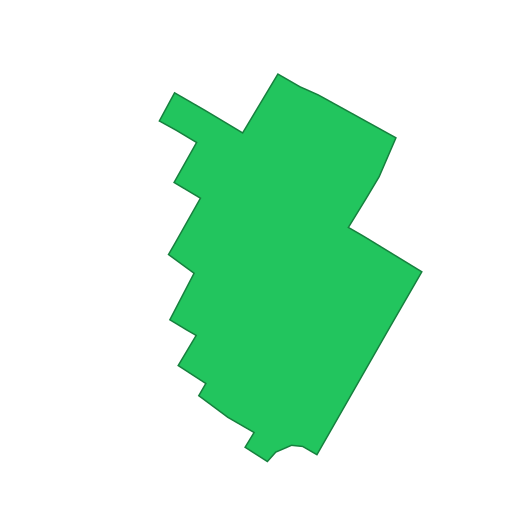 Monte Belo do Sul, Rio Grande do Sul, Brazil (Natural Earth projection), rotated 210°
{"feature_id": "56859067B3607200241980", "entity_name": "Monte Belo do Sul", "entity_type": "district", "adm_level": 2, "iso_a3": "BRA", "parent_name": "Brazil", "parent_adm1": "Rio Grande do Sul", "projection": "natural_earth1", "projection_center": [-51.645, -29.138], "detail": "fine", "context": "isolated", "style": "filled", "palette": "green", "viewbox_px": 512, "rotation_deg": 210, "n_neighbors": 0, "source": "geoboundaries", "source_scale": "gbopen_adm2", "svg_char_len": 647}
<svg xmlns="http://www.w3.org/2000/svg" viewBox="0 0 512 512"><g transform="rotate(210 256 256)"><path d="M143.4,83.7L140.8,96.1L130.6,109.8L120.4,114.4L103.9,114.4L104.5,262.1L104.5,325.2L172.4,326.9L190.3,326.9L189.4,360.4L189.0,386.2L193.9,428.3L247.6,427.3L282.8,426.6L302.7,424.5L328.0,424.5L329.1,355.9L372.2,356.6L388.1,356.6L408.1,356.6L407.2,324.6L387.6,325.0L364.2,324.6L363.7,278.7L333.0,278.3L332.5,226.3L332.5,213.5L301.0,210.1L298.7,157.7L279.2,157.3L268.1,157.3L268.6,122.2L235.7,120.5L235.7,106.4L199.6,102.2L189.0,102.2L180.0,102.2L169.4,102.2L169.8,84.9L143.4,83.7Z" fill="#22c55e" stroke="#15803d" stroke-width="1.5"/></g></svg>